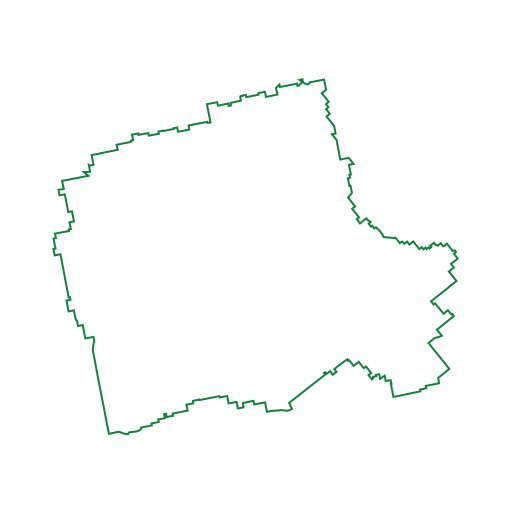 outline of Quairading, Western Australia, Australia, rotated 169°
{"feature_id": "25037944B17943761568072", "entity_name": "Quairading", "entity_type": "district", "adm_level": 2, "iso_a3": "AUS", "parent_name": "Australia", "parent_adm1": "Western Australia", "projection": "orthographic", "projection_center": [117.41, -32.015], "detail": "fine", "context": "isolated", "style": "outline", "palette": "green", "viewbox_px": 512, "rotation_deg": 169, "n_neighbors": 0, "source": "geoboundaries", "source_scale": "gbopen_adm2", "svg_char_len": 5707}
<svg xmlns="http://www.w3.org/2000/svg" viewBox="0 0 512 512"><g transform="rotate(169 256 256)"><path d="M155.5,416.2L170.2,416.2L170.2,415.7L171.1,415.1L172.7,414.6L175.8,416.3L176.7,417.8L176.7,420.6L179.6,420.5L178.1,419.3L178.1,417.7L178.5,417.5L178.8,417.0L181.4,415.0L182.9,415.1L182.8,417.3L200.3,417.3L200.3,419.8L204.3,417.2L204.1,410.4L215.8,410.2L215.8,411.8L215.8,413.1L215.8,413.6L216.0,414.7L216.0,415.6L222.7,415.4L222.7,413.9L227.1,413.8L227.3,413.9L228.5,413.9L229.6,413.9L230.4,413.8L232.0,413.8L232.5,413.8L233.1,413.8L234.3,413.8L235.2,413.9L235.2,416.1L239.3,416.0L239.3,415.7L240.8,415.7L241.0,415.4L241.1,415.0L241.2,414.6L241.1,411.4L251.8,411.1L251.8,408.6L254.2,408.5L254.2,411.0L264.6,410.8L264.8,414.4L275.2,414.4L275.2,395.8L278.2,395.8L278.2,397.0L297.2,397.0L297.3,392.8L308.9,392.8L308.8,397.2L312.4,397.2L312.4,396.4L321.6,396.4L322.2,396.4L323.0,396.4L323.0,396.8L328.1,396.8L328.1,394.5L338.3,394.6L338.3,397.2L348.2,397.3L348.2,398.8L354.6,398.8L354.5,396.8L354.5,393.2L356.6,393.2L356.6,391.9L371.6,391.8L371.5,386.6L389.0,386.6L389.0,386.4L398.1,386.4L398.1,376.5L401.8,376.5L402.7,377.3L402.8,370.5L402.8,370.4L407.0,370.9L408.5,371.1L409.0,371.2L408.6,370.6L405.1,366.7L407.2,366.7L426.5,366.7L432.0,366.7L432.0,361.2L431.9,361.2L431.9,358.5L437.3,358.6L437.3,353.0L431.9,353.0L431.9,347.6L431.9,343.8L431.9,335.0L428.1,335.0L428.1,324.7L432.6,324.7L432.6,317.9L434.7,317.9L434.7,316.2L449.0,316.3L449.0,311.8L451.4,311.8L451.4,301.4L453.5,301.5L453.5,295.0L447.6,295.0L447.7,273.9L447.8,251.3L447.8,251.1L446.5,251.1L446.5,248.4L450.5,248.4L450.6,237.4L445.1,237.4L445.1,233.2L445.1,231.9L445.1,230.9L445.1,229.5L445.1,227.9L445.0,227.7L444.9,227.5L444.7,227.4L444.6,227.2L444.4,227.1L444.2,226.9L444.1,226.7L444.0,226.4L444.1,221.3L439.2,221.3L439.3,213.5L439.3,213.3L439.3,213.1L439.3,212.8L439.3,212.6L439.3,212.4L439.3,211.2L439.3,207.7L436.9,207.6L431.3,207.6L431.0,207.6L431.0,202.5L431.4,202.2L431.9,201.7L432.0,201.5L432.2,201.2L432.3,200.8L432.9,198.9L433.7,196.2L434.1,195.1L434.2,194.8L434.2,194.5L434.2,194.1L434.2,193.7L434.2,193.4L434.2,191.8L434.2,191.1L434.2,181.0L434.3,172.8L434.2,171.1L434.3,168.7L434.3,165.5L434.3,164.4L434.3,158.2L434.3,149.2L434.3,146.8L434.3,133.5L434.3,130.8L434.3,128.7L434.3,124.5L434.4,119.0L434.4,116.6L434.3,113.3L434.3,112.0L434.3,109.5L424.4,109.7L422.6,108.7L421.4,108.1L421.0,107.8L420.6,107.6L420.4,107.4L420.1,107.1L419.9,107.0L419.8,106.9L419.5,106.8L419.4,106.7L419.1,106.6L418.6,106.5L418.0,106.3L417.2,105.8L415.7,105.6L415.4,105.7L414.6,107.0L414.4,107.1L407.0,106.6L406.6,106.6L406.3,106.6L403.4,107.2L403.2,107.2L403.0,107.3L402.9,107.3L401.7,108.2L401.6,108.3L401.5,108.5L401.5,109.6L390.6,109.5L390.6,111.6L383.2,111.6L383.2,114.2L376.4,114.2L376.4,118.4L374.4,118.4L374.4,115.0L367.9,114.9L367.9,117.2L352.7,117.3L352.7,118.3L352.7,123.3L345.6,123.4L345.6,125.8L339.1,125.9L339.1,125.4L318.7,125.4L318.7,124.1L311.0,124.1L311.0,120.0L311.0,119.9L311.0,118.5L311.1,118.4L311.0,116.5L304.2,116.5L302.9,116.5L302.8,115.2L302.9,114.8L302.9,114.1L302.8,113.2L302.9,109.8L297.0,109.8L297.0,114.1L290.2,114.3L286.1,114.3L286.0,110.6L275.0,110.6L275.0,101.0L273.0,101.0L271.1,101.0L269.9,100.9L268.4,100.7L267.5,100.6L265.8,100.4L263.1,100.1L261.8,100.0L260.3,99.8L260.1,99.8L257.9,99.1L255.5,98.3L253.8,98.0L249.9,98.9L250.9,102.8L251.3,104.9L251.5,105.5L210.7,126.4L210.9,126.8L211.1,127.5L211.4,127.9L211.6,128.1L211.4,128.2L210.4,128.7L210.0,128.0L209.4,126.8L205.2,128.8L204.7,128.0L203.6,125.3L203.3,124.7L199.1,126.8L200.7,130.1L198.1,131.4L195.4,132.8L191.7,134.6L186.2,137.2L185.5,135.6L184.6,136.1L181.1,129.5L175.4,132.6L171.6,125.3L169.2,126.6L167.5,123.5L167.4,123.3L167.3,123.1L165.3,119.2L168.3,117.6L165.8,112.8L164.4,113.5L164.4,114.9L164.3,115.0L161.0,115.0L161.0,116.4L157.6,116.5L157.6,111.7L152.6,114.0L152.5,108.5L147.5,108.5L147.5,104.6L148.0,104.6L148.0,91.4L120.4,91.8L120.4,93.6L114.1,93.7L114.1,96.1L100.6,96.1L100.5,98.1L100.5,101.5L87.9,108.2L87.8,108.3L93.0,118.3L93.1,118.5L93.7,119.5L94.0,120.2L95.0,122.1L99.3,130.1L100.2,131.8L103.3,137.7L96.3,141.4L96.0,141.4L94.6,141.4L92.9,141.6L90.8,141.9L88.8,142.2L90.6,145.7L91.7,147.6L92.0,148.3L92.5,149.1L80.1,155.7L73.2,159.3L74.6,161.9L75.5,161.5L78.0,166.2L82.9,163.5L89.2,175.4L90.9,174.5L92.8,178.1L86.9,181.2L72.2,188.8L72.2,189.0L64.0,193.2L69.6,204.0L64.0,206.9L66.1,211.1L58.5,214.9L61.3,220.5L58.9,221.7L59.8,223.6L62.2,223.5L62.5,224.2L62.4,224.3L66.2,231.6L70.0,229.6L70.3,229.8L72.1,233.3L75.8,231.4L76.9,232.3L77.6,232.9L77.9,233.2L77.9,233.4L78.8,235.0L82.9,232.9L82.1,231.5L84.3,230.3L84.9,231.5L87.1,230.3L87.9,231.9L90.3,230.6L91.6,233.1L94.3,231.7L94.9,232.7L98.8,240.2L103.2,237.9L105.0,241.4L108.2,239.7L109.6,242.3L110.1,242.2L110.3,242.2L110.7,242.1L111.4,241.7L111.9,241.5L112.4,241.2L115.6,247.3L117.6,247.4L118.0,247.5L118.3,247.6L118.7,247.7L119.9,248.1L121.3,248.5L122.6,248.9L127.0,250.2L127.7,252.7L127.9,253.2L128.0,253.5L128.1,253.9L128.3,254.2L129.2,256.0L129.9,257.2L130.4,258.0L130.9,258.7L132.8,261.4L133.0,261.4L134.7,260.5L135.5,262.2L136.1,263.4L137.4,262.8L139.2,266.2L137.2,267.3L136.9,267.5L137.2,267.8L138.3,268.9L138.6,269.0L138.9,269.3L139.2,269.5L139.4,270.0L140.5,271.9L147.7,268.2L150.0,273.0L147.5,274.2L148.9,276.8L152.6,284.0L149.3,285.7L154.5,295.9L149.8,299.6L149.8,306.9L150.9,306.9L151.0,314.6L150.8,314.5L150.4,314.5L150.1,314.6L148.7,315.0L148.8,317.9L147.3,317.9L147.4,327.8L142.6,327.8L143.6,329.5L145.5,333.2L146.4,334.7L154.8,334.6L154.8,337.3L154.9,337.5L154.7,354.4L158.3,361.0L154.5,361.0L154.5,368.8L160.1,379.5L156.4,381.4L159.2,386.9L156.5,388.3L158.4,391.8L155.2,393.5L160.3,403.3L155.5,405.8L155.5,416.2Z" fill="none" stroke="#15803d" stroke-width="2"/></g></svg>